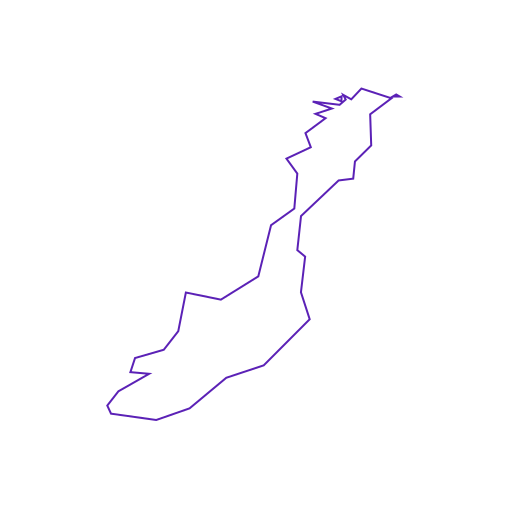 the border of Bolívar, rotated 55°
{"feature_id": "COL-1413", "entity_name": "Bolívar", "entity_type": "Department", "adm_level": 1, "iso_a3": "COL", "parent_name": "Colombia", "parent_adm1": "", "projection": "robinson", "projection_center": [-74.836, 8.903], "detail": "coarse", "context": "isolated", "style": "outline", "palette": "violet", "viewbox_px": 512, "rotation_deg": 55, "n_neighbors": 0, "source": "natural_earth", "source_scale": "10m", "svg_char_len": 754}
<svg xmlns="http://www.w3.org/2000/svg" viewBox="0 0 512 512"><g transform="rotate(55 256 256)"><path d="M173.7,125.7L178.7,109.3L162.0,121.0L180.1,100.8L179.3,92.8L174.1,92.1L182.3,88.1L179.3,73.6L204.5,54.6L205.4,81.2L231.5,98.2L235.3,120.7L248.4,132.0L241.5,145.0L249.1,196.2L274.9,218.8L284.7,216.1L311.5,240.0L338.6,248.3L350.0,312.4L338.7,350.2L342.7,397.8L333.1,431.8L302.0,465.2L293.2,463.6L287.9,446.3L291.2,411.1L279.1,425.5L270.2,413.6L279.9,385.3L273.0,362.8L245.7,334.4L271.6,309.8L274.0,265.8L239.4,226.0L239.1,197.4L212.2,174.9L193.7,175.2L198.3,148.7L183.7,145.0L183.0,120.0L173.7,125.7ZM207.8,46.8L203.8,52.5L204.1,48.5L207.8,46.8ZM172.9,100.8L174.3,94.3L178.2,97.3L172.9,100.8Z" fill="none" stroke="#5b21b6" stroke-width="2"/></g></svg>